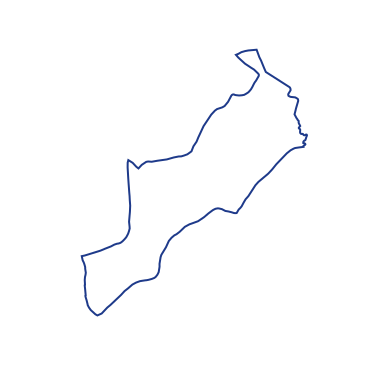 outline of Santa Eulalia, Huehuetenango, Guatemala, rotated 302°
{"feature_id": "79465075B65740660783251", "entity_name": "Santa Eulalia", "entity_type": "district", "adm_level": 2, "iso_a3": "GTM", "parent_name": "Guatemala", "parent_adm1": "Huehuetenango", "projection": "orthographic", "projection_center": [-91.3, 15.75], "detail": "fine", "context": "isolated", "style": "outline", "palette": "blue", "viewbox_px": 384, "rotation_deg": 302, "n_neighbors": 0, "source": "geoboundaries", "source_scale": "gbopen_adm2", "svg_char_len": 3431}
<svg xmlns="http://www.w3.org/2000/svg" viewBox="0 0 384 384"><g transform="rotate(302 192 192)"><path d="M185.3,121.1L182.8,121.9L178.7,124.4L169.8,130.7L166.2,133.3L158.0,139.3L155.5,141.2L152.2,143.5L147.7,146.8L142.2,149.9L133.4,154.4L129.7,157.3L128.0,158.5L125.4,159.3L122.9,159.9L120.7,160.1L118.7,160.2L116.1,159.8L113.4,159.2L111.7,158.6L110.6,158.0L109.4,157.0L108.8,156.3L108.4,155.8L106.2,154.0L102.9,152.1L97.4,148.0L96.9,147.7L93.7,145.4L81.3,134.7L79.2,132.5L76.2,135.4L75.5,136.5L75.1,137.2L74.3,138.3L73.0,139.8L71.7,141.2L70.3,142.1L67.3,144.7L65.3,145.6L63.2,146.3L60.5,147.7L56.5,150.5L56.1,150.4L54.8,151.4L53.3,152.6L49.1,155.8L47.9,156.7L47.4,156.6L46.2,157.8L44.4,159.9L41.6,162.8L40.8,163.5L39.4,165.9L38.2,168.8L37.1,174.9L37.2,177.2L41.1,179.8L49.1,181.4L53.0,182.7L67.2,186.4L72.2,187.3L76.3,188.8L78.3,189.4L81.9,190.5L85.6,192.6L88.8,195.1L90.3,196.8L92.1,198.9L93.2,200.3L94.5,201.7L97.0,204.0L99.2,205.6L100.8,206.2L103.6,206.5L106.4,206.2L111.4,204.1L113.9,202.5L120.1,199.9L122.5,199.3L131.4,199.2L138.2,198.3L142.4,198.9L145.9,200.0L147.9,201.2L151.6,202.6L158.7,204.4L163.3,207.0L164.9,208.3L170.4,212.6L176.9,215.5L182.6,217.3L187.5,219.2L188.6,219.8L190.2,220.8L191.7,222.4L192.3,223.5L193.3,226.4L193.6,230.3L194.8,233.2L195.8,236.3L196.4,238.7L197.0,239.9L197.8,241.0L201.9,240.9L203.9,241.4L206.1,241.7L210.4,241.4L214.2,241.3L218.3,242.0L231.4,242.2L235.9,243.0L247.9,246.9L253.5,248.0L260.2,248.8L275.0,251.9L279.6,253.5L282.5,255.1L283.9,256.1L286.3,258.9L289.4,262.7L290.1,262.1L290.6,262.2L291.5,262.7L292.0,262.9L292.5,262.9L292.9,262.4L292.9,262.0L292.9,261.4L292.6,260.8L292.5,260.4L293.0,260.1L293.4,259.9L293.8,259.8L294.7,259.9L295.1,260.0L295.8,260.5L296.2,260.6L297.0,260.4L297.5,260.3L298.3,260.1L298.8,259.9L299.5,259.8L300.1,259.7L301.1,259.4L301.4,258.8L301.2,258.3L300.9,258.1L300.3,257.8L299.7,257.3L299.5,256.9L299.5,256.5L299.6,256.1L299.9,255.6L299.9,255.0L299.6,254.6L299.3,254.2L299.1,253.7L299.3,252.7L299.7,252.2L300.2,251.8L301.4,251.2L302.2,250.7L302.5,250.3L302.5,249.8L302.6,249.1L302.9,248.6L303.4,248.5L304.0,248.6L304.5,248.7L305.3,248.8L305.6,248.3L306.3,247.2L306.7,246.4L307.3,245.8L307.7,245.4L308.3,245.1L308.7,244.9L308.9,244.4L309.0,244.0L309.2,243.2L309.6,242.7L309.9,241.8L310.9,240.0L312.2,237.8L316.0,236.6L317.7,236.0L325.5,233.8L326.2,233.3L326.6,232.9L327.0,232.3L327.0,230.3L326.9,229.3L325.0,225.4L324.8,224.5L324.7,223.4L324.7,222.9L325.1,222.4L325.7,221.9L326.4,221.7L330.4,221.7L331.1,221.3L331.8,220.7L332.3,220.0L332.6,219.2L332.9,191.0L335.3,187.5L340.0,181.0L342.0,177.7L346.9,171.4L341.9,164.8L339.7,162.4L336.8,159.8L333.7,158.1L333.3,157.8L331.6,156.6L331.1,158.3L330.6,159.8L330.1,162.4L328.9,169.0L328.8,173.6L328.7,176.3L328.7,179.7L327.5,185.3L327.2,186.1L326.7,186.7L325.7,187.1L320.4,187.3L318.1,187.1L316.4,187.2L315.2,187.3L313.4,187.5L310.5,187.6L308.8,187.4L306.5,187.0L304.3,186.0L302.1,184.8L300.5,183.1L298.8,180.8L297.5,178.1L297.1,177.1L296.9,175.8L296.5,175.1L296.0,174.8L295.6,174.5L294.6,174.3L287.6,174.8L282.2,174.1L279.8,172.8L275.6,169.3L273.1,168.3L267.8,167.3L260.7,167.1L254.0,166.9L242.7,168.3L241.8,168.4L237.1,169.2L231.5,169.0L226.2,170.0L223.9,169.1L221.5,168.1L218.8,166.0L216.6,164.1L215.0,161.8L211.6,158.2L206.3,153.4L200.5,146.5L200.0,145.9L196.3,141.8L194.6,138.6L193.3,137.2L188.4,135.0L183.6,134.1L183.9,131.4L185.3,126.2L185.3,121.1Z" fill="none" stroke="#1e3a8a" stroke-width="2"/></g></svg>